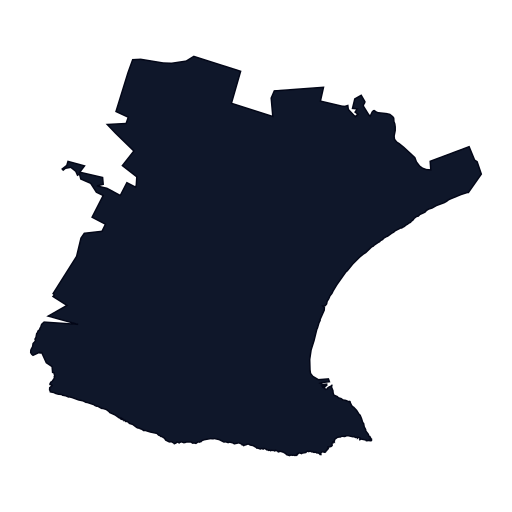 Nelson Mandela Bay, Eastern Cape, South Africa (orthographic projection)
{"feature_id": "47623444B28857154592205", "entity_name": "Nelson Mandela Bay", "entity_type": "district", "adm_level": 2, "iso_a3": "ZAF", "parent_name": "South Africa", "parent_adm1": "Eastern Cape", "projection": "orthographic", "projection_center": [25.553, -33.802], "detail": "fine", "context": "isolated", "style": "filled", "palette": "ink", "viewbox_px": 512, "rotation_deg": 0, "n_neighbors": 0, "source": "geoboundaries", "source_scale": "gbopen_adm2", "svg_char_len": 6035}
<svg xmlns="http://www.w3.org/2000/svg" viewBox="0 0 512 512"><path d="M50.3,391.8L54.5,392.7L55.2,393.3L58.3,394.2L61.7,394.5L62.5,395.2L65.8,395.8L68.5,397.0L69.7,396.9L72.3,397.6L78.5,399.9L83.2,400.9L86.1,402.4L87.1,402.4L94.0,404.7L94.8,405.4L96.6,406.2L97.7,406.2L101.6,408.4L103.1,408.5L106.3,409.5L109.1,411.6L109.7,412.5L115.2,415.0L119.4,418.0L120.7,418.0L120.7,418.7L121.4,418.4L121.7,419.3L122.4,419.3L122.7,419.0L123.0,419.8L123.9,420.0L124.0,420.6L125.1,420.4L125.8,421.5L127.1,421.4L128.6,422.4L129.4,423.4L132.7,424.4L136.8,427.5L138.2,428.1L139.4,427.9L140.1,428.7L141.6,429.1L143.8,430.6L145.2,430.4L150.3,432.0L157.0,433.4L158.6,435.1L159.5,435.3L161.0,436.5L162.2,436.6L163.5,437.7L164.3,437.9L165.7,440.1L169.3,441.9L171.4,441.7L173.8,443.0L174.3,443.7L176.0,443.0L176.8,442.1L177.5,442.1L179.2,442.9L179.9,442.3L181.5,441.8L183.9,442.7L185.8,442.3L186.1,442.0L190.5,442.0L191.5,442.2L192.4,443.1L194.3,443.0L195.9,443.4L198.0,441.9L199.6,442.1L200.0,441.7L200.9,441.7L201.8,440.7L203.9,439.8L210.3,438.6L213.1,438.8L214.4,438.5L219.2,439.6L223.9,442.0L225.8,441.8L228.1,442.6L229.7,442.1L232.9,442.9L234.3,443.8L238.9,442.8L241.7,444.1L242.2,444.9L242.9,444.6L243.8,445.6L244.7,444.9L245.8,444.9L246.8,444.3L247.2,444.3L247.3,444.7L247.4,444.2L248.8,444.1L250.1,445.0L253.6,445.7L254.0,446.2L256.1,447.3L256.8,448.1L257.9,448.1L260.3,449.0L261.9,448.4L263.1,449.1L263.8,448.4L264.5,448.5L265.7,448.9L266.7,449.8L267.8,449.9L268.7,450.4L269.6,450.1L270.7,450.7L271.3,450.3L274.0,450.5L274.7,450.9L275.1,450.4L275.4,450.6L275.8,450.3L278.1,451.3L278.1,451.7L278.5,451.9L279.2,451.7L279.8,451.1L281.4,451.7L282.3,451.5L282.6,452.0L283.5,452.1L284.4,452.9L285.5,453.3L286.5,454.6L289.6,455.6L290.3,455.1L292.0,455.1L292.5,455.3L293.6,455.1L295.0,455.5L295.5,455.2L296.3,455.4L297.4,454.7L297.5,454.2L297.1,454.0L297.3,453.5L298.0,453.7L298.9,453.0L299.9,453.0L301.6,453.6L302.1,453.1L305.8,452.5L306.6,451.6L307.8,451.1L308.6,451.6L310.3,451.1L311.5,451.8L312.6,451.9L312.9,451.6L313.7,452.3L316.1,452.3L316.7,452.9L318.4,453.0L319.4,453.6L320.1,454.5L320.9,454.5L320.7,453.3L321.5,452.1L322.6,451.8L324.9,452.3L325.6,451.8L326.2,450.7L326.8,450.4L327.1,449.5L328.3,448.7L327.8,447.7L328.0,447.0L328.4,447.2L331.2,446.4L331.6,445.8L332.1,445.6L332.0,443.5L332.5,442.7L332.9,442.7L332.7,442.4L332.8,441.9L333.4,441.6L334.1,441.9L333.9,441.3L334.4,441.0L334.6,439.6L335.0,439.1L337.3,437.4L339.4,436.9L340.0,437.1L341.9,436.2L344.7,436.5L345.5,436.2L345.5,435.8L348.3,435.7L353.1,436.8L354.2,436.4L354.5,436.9L355.7,437.5L357.6,437.3L357.6,437.9L358.1,437.4L359.7,437.6L360.2,438.1L360.0,438.7L360.3,439.0L359.7,439.2L359.9,439.7L360.8,439.0L365.4,439.9L366.0,440.1L366.3,440.7L368.4,440.6L368.9,440.2L370.0,440.8L371.3,440.6L371.4,440.1L370.4,439.2L370.9,439.1L371.5,439.5L371.5,439.1L371.0,438.8L369.8,436.5L368.9,436.3L368.3,434.3L365.8,431.0L365.6,429.5L364.2,426.8L363.6,423.5L362.7,422.5L361.5,418.6L360.1,415.2L359.1,414.4L356.6,410.4L353.5,407.1L352.8,406.9L351.6,405.5L350.3,402.8L350.1,401.8L349.7,401.4L348.5,401.6L345.7,400.4L343.0,400.0L341.1,398.6L338.4,397.8L337.3,396.6L333.8,395.1L333.1,392.8L332.9,390.6L331.6,387.4L331.5,386.5L331.9,385.7L331.8,385.4L330.1,386.8L329.6,386.7L328.2,387.6L327.6,388.1L327.6,388.6L325.9,389.5L323.7,387.6L325.0,386.8L324.3,386.6L322.9,387.1L323.0,386.8L322.4,386.7L321.8,385.9L326.7,385.3L326.7,384.1L322.8,384.5L320.1,383.2L321.6,382.6L329.4,381.7L328.4,378.9L318.4,379.7L312.7,376.3L310.5,373.4L310.0,370.0L309.7,359.4L311.1,349.9L314.0,340.7L316.8,329.3L317.4,328.1L319.0,322.7L320.1,320.5L320.1,319.4L324.2,310.2L324.4,307.5L322.8,306.0L325.2,305.7L326.6,303.9L327.1,301.3L328.7,298.8L329.9,295.9L331.9,293.4L333.2,290.7L336.9,284.6L345.8,272.0L347.3,270.7L352.8,263.9L359.5,257.2L363.4,254.0L365.7,252.6L371.6,246.9L373.3,246.1L374.1,245.2L378.5,242.2L379.5,241.8L380.5,240.6L382.8,239.4L383.2,238.5L386.2,236.7L387.6,236.2L391.7,233.2L393.7,232.1L395.1,230.8L400.5,228.0L401.8,228.0L402.6,227.0L403.1,227.1L404.2,226.5L406.3,224.8L407.7,224.1L408.3,223.4L410.5,222.3L411.7,220.7L412.3,220.6L413.5,219.4L413.8,218.6L416.5,216.5L418.3,216.1L419.8,214.5L423.8,212.7L425.1,212.0L426.4,210.5L428.6,209.1L432.1,208.0L436.5,205.5L444.1,202.7L446.6,201.3L448.5,199.8L450.9,198.7L461.1,194.5L467.3,192.5L468.4,192.5L481.3,174.1L477.1,161.7L474.6,160.1L469.1,146.7L430.2,161.3L430.8,169.9L426.3,169.6L422.5,168.2L419.6,166.1L416.4,161.9L414.8,157.6L403.7,147.3L399.1,143.6L396.7,142.1L394.8,139.7L394.4,138.8L394.1,136.0L395.2,130.5L395.2,127.0L394.8,124.0L393.9,121.6L393.7,118.1L392.7,116.7L389.8,114.4L386.4,113.6L377.9,112.7L376.2,112.0L374.3,110.6L373.5,110.7L372.2,112.0L370.2,116.3L368.6,114.6L363.4,106.2L363.4,104.9L364.7,102.7L364.9,101.7L361.2,95.3L354.8,98.9L352.5,108.4L357.3,108.9L355.1,112.1L358.1,114.3L356.8,115.8L356.4,115.4L355.3,116.8L348.7,109.9L348.2,108.8L347.8,105.5L344.9,106.4L342.1,106.2L320.4,101.1L323.5,87.3L274.3,90.9L271.2,98.1L272.8,116.5L231.4,103.3L240.6,71.3L193.8,56.4L186.2,61.1L171.6,63.3L163.2,63.0L140.7,59.3L132.7,59.7L128.0,72.7L116.0,111.5L128.3,117.2L126.1,123.5L107.3,124.5L115.7,133.3L133.9,151.0L122.4,165.6L136.8,176.8L136.3,185.0L135.6,187.2L126.9,182.7L120.3,195.5L106.9,188.3L96.8,185.9L103.2,184.3L102.6,177.5L79.7,172.2L84.5,165.9L68.0,161.4L66.8,165.4L62.2,169.0L63.2,170.1L65.4,168.3L70.8,167.3L75.8,171.3L77.5,175.2L79.5,174.0L80.8,179.0L90.7,183.3L96.4,192.2L103.2,195.5L92.1,217.2L105.5,224.2L102.0,231.3L84.3,233.3L81.0,238.1L76.6,256.4L53.1,293.6L54.1,294.5L54.3,295.1L53.0,296.5L67.0,305.4L48.2,316.1L78.2,324.4L44.1,322.1L41.8,324.2L41.2,325.4L41.2,326.2L39.9,328.5L39.7,329.6L38.1,330.9L37.4,332.9L36.7,333.5L36.0,337.4L35.0,339.1L35.5,341.0L33.1,343.5L32.6,346.7L31.1,349.4L30.8,350.5L30.7,352.6L31.8,354.3L33.0,355.3L39.7,352.2L40.0,353.0L41.1,352.9L41.7,352.5L46.3,362.7L52.1,366.6L52.6,372.4L53.9,372.7L54.8,376.2L54.3,376.5L54.4,378.1L52.0,381.6L50.8,382.2L49.9,384.1L50.1,384.6L51.6,384.9L52.2,385.6L49.7,387.7L49.6,389.9L50.2,390.8L50.3,391.8Z" fill="#0f172a" stroke="#020617" stroke-width="1.5"/></svg>